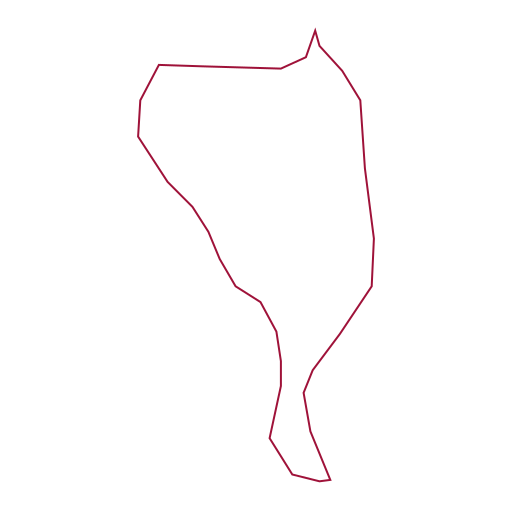 outline of Hallstahammar, Västmanland, Sweden
{"feature_id": "70781695B32403913124939", "entity_name": "Hallstahammar", "entity_type": "district", "adm_level": 2, "iso_a3": "SWE", "parent_name": "Sweden", "parent_adm1": "Västmanland", "projection": "mercator", "projection_center": [16.242, 59.583], "detail": "fine", "context": "isolated", "style": "outline", "palette": "rose", "viewbox_px": 512, "rotation_deg": 0, "n_neighbors": 0, "source": "geoboundaries", "source_scale": "gbopen_adm2", "svg_char_len": 504}
<svg xmlns="http://www.w3.org/2000/svg" viewBox="0 0 512 512"><path d="M330.3,479.9L310.4,431.4L303.6,392.8L312.7,370.2L339.9,333.9L371.7,286.3L373.9,238.6L364.9,168.3L360.3,100.3L342.2,70.8L319.5,45.9L315.2,30.7L305.9,57.2L280.9,68.6L201.6,66.3L158.9,64.9L140.3,100.3L138.1,136.6L167.6,181.9L192.5,206.9L208.4,231.8L219.7,259.0L235.6,286.3L260.5,302.1L276.4,331.6L280.9,361.1L280.9,386.0L269.6,438.2L282.2,458.3L292.3,474.5L319.5,481.3L330.3,479.9Z" fill="none" stroke="#9f1239" stroke-width="2"/></svg>